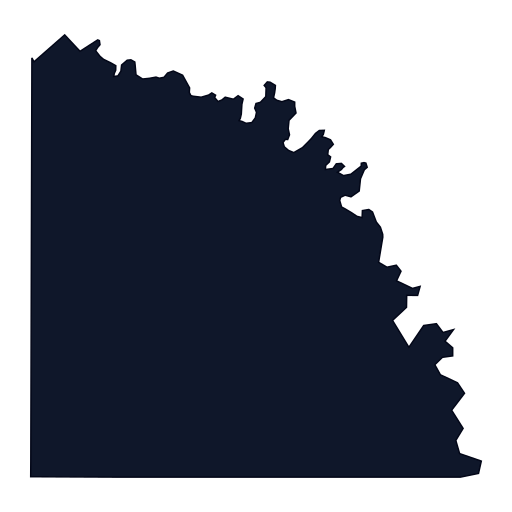 outline of San Saba, Texas, United States of America
{"feature_id": "52423323B43547858448152", "entity_name": "San Saba", "entity_type": "district", "adm_level": 2, "iso_a3": "USA", "parent_name": "United States of America", "parent_adm1": "Texas", "projection": "mercator", "projection_center": [-98.711, 31.206], "detail": "fine", "context": "isolated", "style": "filled", "palette": "ink", "viewbox_px": 512, "rotation_deg": 0, "n_neighbors": 0, "source": "geoboundaries", "source_scale": "gbopen_adm2", "svg_char_len": 2105}
<svg xmlns="http://www.w3.org/2000/svg" viewBox="0 0 512 512"><path d="M31.9,57.9L30.8,461.9L30.7,476.7L115.7,477.1L460.5,477.1L478.5,473.4L481.3,461.1L459.6,453.6L455.8,440.4L463.1,428.4L451.6,410.2L464.5,393.3L457.5,382.8L440.4,374.8L434.8,364.7L442.4,357.3L452.7,355.9L452.7,347.8L445.0,341.2L453.5,329.6L443.0,332.5L436.4,323.7L423.7,325.5L408.9,347.3L392.5,320.4L406.5,307.3L406.7,295.3L417.6,295.4L420.1,286.4L412.5,288.4L396.5,280.8L401.0,271.2L396.3,265.2L387.0,267.2L378.6,262.3L382.8,237.2L382.7,234.3L380.4,227.2L376.3,222.0L372.5,212.0L368.8,209.5L362.4,210.6L362.2,215.5L362.1,217.6L356.9,216.3L351.7,212.8L345.0,208.8L341.6,207.0L339.7,200.5L340.6,197.3L345.1,195.2L351.0,196.8L359.2,191.0L360.5,178.7L364.3,169.8L367.2,167.3L365.9,163.1L364.0,162.6L361.3,163.2L361.2,166.1L350.9,174.2L343.5,175.6L337.4,172.2L341.4,169.5L342.9,167.6L344.5,166.4L341.4,163.4L336.3,163.8L333.0,168.5L325.4,169.5L325.7,165.4L329.4,161.9L330.6,156.9L327.7,154.7L328.3,149.5L330.6,147.3L333.3,144.3L330.5,139.8L325.3,137.6L321.6,136.7L323.3,134.5L324.3,130.3L319.3,130.5L315.5,133.4L311.5,138.4L308.0,142.1L302.5,147.6L293.8,152.6L288.5,150.4L284.3,146.8L283.0,142.5L285.4,139.3L287.7,139.5L289.5,134.8L288.2,128.8L289.0,120.3L296.0,113.0L294.7,106.3L294.7,102.1L288.5,99.6L281.9,101.7L276.7,100.2L273.5,97.8L274.6,92.9L275.2,88.7L275.4,85.4L270.1,82.2L267.3,81.9L264.2,85.4L266.1,87.7L265.8,96.6L260.4,102.3L256.0,103.5L254.7,108.1L256.5,112.3L255.3,117.9L251.8,122.6L246.0,123.3L242.2,121.5L239.0,120.6L240.3,118.4L241.3,114.1L241.9,104.2L243.1,99.0L238.1,95.7L233.4,99.2L225.2,97.2L221.8,100.0L218.0,101.5L214.6,97.5L215.6,95.2L211.8,92.9L208.7,95.0L201.2,97.2L193.0,96.2L190.9,95.6L189.3,92.5L189.6,87.9L182.6,75.2L173.3,71.0L167.6,73.0L164.0,77.3L159.3,78.2L156.0,77.1L149.4,78.3L142.6,79.0L136.0,74.8L135.2,65.7L134.8,62.0L130.9,59.8L127.2,60.2L121.6,65.0L120.9,71.2L117.9,75.9L113.7,76.5L114.3,73.4L115.7,70.2L115.8,65.7L110.7,62.8L103.5,59.3L100.0,56.3L95.6,50.7L97.6,47.5L100.0,44.7L99.4,40.6L97.7,39.9L80.0,51.3L64.7,34.9L34.0,61.8L31.9,57.9Z" fill="#0f172a" stroke="#020617" stroke-width="1.5"/></svg>